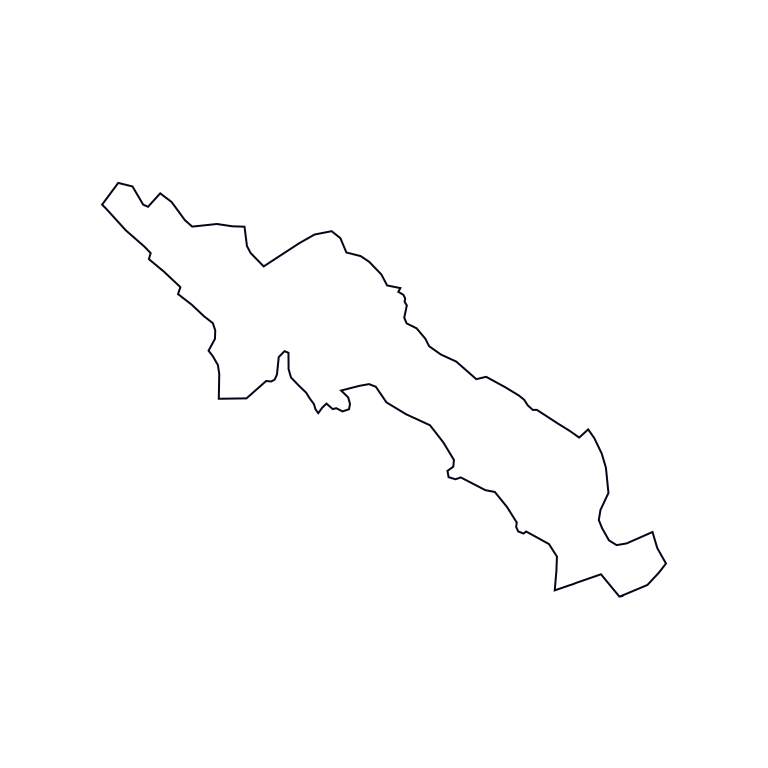 outline of Medani Al Kubra, Gezira, Sudan, rotated 338°
{"feature_id": "16777658B51514444411297", "entity_name": "Medani Al Kubra", "entity_type": "district", "adm_level": 2, "iso_a3": "SDN", "parent_name": "Sudan", "parent_adm1": "Gezira", "projection": "mercator", "projection_center": [33.605, 14.33], "detail": "fine", "context": "isolated", "style": "outline", "palette": "ink", "viewbox_px": 768, "rotation_deg": 338, "n_neighbors": 0, "source": "geoboundaries", "source_scale": "gbopen_adm2", "svg_char_len": 1917}
<svg xmlns="http://www.w3.org/2000/svg" viewBox="0 0 768 768"><g transform="rotate(338 384 384)"><path d="M465.0,639.3L480.2,640.1L484.1,640.4L488.0,640.4L513.9,641.7L522.6,669.3L526.6,670.0L523.0,669.4L553.0,669.0L568.0,662.0L578.2,656.1L575.9,638.5L577.5,621.8L549.2,622.7L539.3,620.5L534.0,613.2L532.2,599.4L532.2,590.6L537.5,581.9L551.3,569.1L558.4,544.7L559.8,530.1L558.7,512.9L556.3,502.6L544.9,506.8L538.6,497.0L530.4,485.8L516.0,465.2L512.3,463.8L509.3,457.7L508.0,451.0L504.6,445.0L495.2,432.4L481.4,415.6L471.4,414.1L459.4,390.3L456.2,386.9L447.8,378.0L440.0,365.9L439.3,357.6L435.1,344.6L427.7,336.3L427.6,330.1L434.6,319.7L433.9,315.5L435.7,312.6L435.4,308.6L431.8,303.9L435.1,301.2L423.8,293.8L422.6,281.5L416.0,265.1L410.3,256.7L398.4,248.0L398.2,232.5L392.7,222.7L375.6,219.4L358.2,221.7L316.5,229.9L309.4,212.6L308.6,204.8L313.6,185.9L302.3,180.9L288.9,173.0L265.1,166.2L260.7,157.4L258.6,148.8L255.2,135.6L247.9,123.4L231.6,131.3L227.9,127.5L224.8,106.6L212.9,98.0L189.8,112.1L191.7,116.5L202.2,144.9L213.2,166.6L216.7,175.2L212.8,180.2L221.9,197.1L231.5,217.9L226.7,223.5L235.3,238.2L242.5,253.8L248.1,263.5L247.6,271.1L244.2,278.8L233.8,287.4L235.7,294.1L237.1,304.2L235.0,313.0L225.3,335.8L251.1,345.8L275.8,337.1L280.4,339.4L284.3,339.0L288.3,335.1L296.5,319.6L304.1,316.3L307.1,319.3L301.1,334.5L300.2,343.1L304.5,353.8L308.6,362.9L309.7,369.5L311.5,376.4L311.0,381.7L311.9,385.7L312.1,386.4L312.5,386.2L317.7,382.9L323.3,380.6L327.1,388.1L330.6,388.5L335.3,393.9L342.1,394.3L345.0,389.8L345.8,383.0L341.8,374.0L360.5,376.5L370.1,378.5L375.4,383.5L379.4,402.0L387.3,412.5L393.3,420.5L411.2,439.5L417.1,460.3L420.4,480.6L417.3,486.6L410.3,488.3L409.0,494.6L414.6,499.1L420.2,499.4L438.2,520.4L446.3,525.6L452.0,544.2L455.2,562.2L453.0,566.0L453.2,571.0L457.4,574.9L460.5,574.0L477.0,594.2L479.7,608.8L473.6,622.4L470.0,629.4L465.0,639.3Z" fill="none" stroke="#020617" stroke-width="2"/></g></svg>